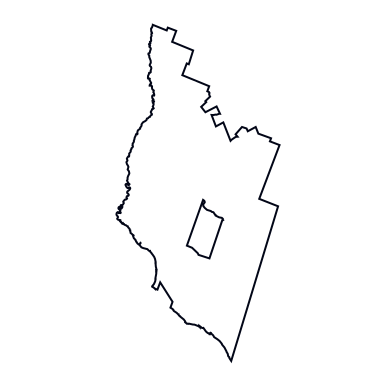 Burke, Queensland, Australia, rotated 197°
{"feature_id": "25037944B14025919363288", "entity_name": "Burke", "entity_type": "district", "adm_level": 2, "iso_a3": "AUS", "parent_name": "Australia", "parent_adm1": "Queensland", "projection": "natural_earth1", "projection_center": [139.379, -18.061], "detail": "fine", "context": "isolated", "style": "outline", "palette": "ink", "viewbox_px": 384, "rotation_deg": 197, "n_neighbors": 0, "source": "geoboundaries", "source_scale": "gbopen_adm2", "svg_char_len": 6022}
<svg xmlns="http://www.w3.org/2000/svg" viewBox="0 0 384 384"><g transform="rotate(197 192 192)"><path d="M105.1,41.9L105.5,203.5L125.7,205.1L122.0,262.5L132.3,263.2L132.1,266.5L145.6,267.2L150.1,272.8L156.4,266.4L158.4,268.7L163.2,268.8L167.2,259.9L164.6,258.2L165.9,257.7L166.8,256.9L169.4,253.6L170.1,252.2L182.4,267.7L188.3,261.7L195.8,271.4L194.2,271.8L192.1,272.9L191.1,273.1L188.8,274.8L188.1,275.0L193.5,281.0L202.5,272.2L208.1,276.1L204.7,282.1L205.8,282.8L202.6,288.5L203.3,289.2L204.3,290.7L204.2,291.8L205.1,292.6L206.8,292.8L206.5,298.2L235.4,300.9L234.6,313.4L232.4,313.2L232.3,327.7L254.9,329.8L254.2,341.5L263.2,342.1L263.4,339.1L278.3,340.4L278.1,339.7L278.4,339.0L278.3,337.6L278.8,336.8L278.9,336.2L277.8,333.3L277.5,333.0L277.1,333.0L276.6,332.2L277.1,331.1L276.3,329.5L276.5,327.8L276.1,326.7L275.8,326.3L275.7,325.5L275.3,324.8L275.4,324.1L276.1,323.4L275.9,323.0L275.4,322.5L275.3,322.2L276.2,321.4L276.3,320.7L276.1,320.5L275.4,320.5L275.0,320.2L274.9,319.6L275.4,319.0L275.2,318.4L273.7,317.6L273.2,316.8L273.3,314.2L273.1,312.8L273.3,312.5L274.1,311.8L274.1,311.3L273.8,310.7L272.8,310.0L272.3,308.5L269.9,305.5L269.2,303.5L269.6,301.4L269.4,300.6L268.8,300.1L267.8,299.7L267.3,299.0L267.0,298.1L267.0,295.7L266.5,294.7L266.8,293.9L267.8,293.5L267.9,293.3L267.7,291.9L268.0,290.3L267.6,288.6L267.4,287.9L267.0,287.6L266.4,287.7L265.9,288.1L265.5,288.0L265.3,286.7L262.9,284.3L262.9,283.9L263.7,282.5L263.6,281.3L263.2,281.3L262.5,282.1L261.7,281.8L261.1,281.3L260.9,280.3L260.2,278.9L259.4,278.3L258.6,278.1L258.2,277.9L258.1,277.4L258.2,276.2L257.4,275.5L256.6,274.1L256.4,273.5L256.5,273.1L257.5,273.1L257.8,273.0L258.1,272.4L258.0,271.5L257.7,270.8L257.2,270.0L255.9,269.2L255.9,268.8L256.5,268.1L256.5,267.7L255.3,267.8L254.8,267.6L254.8,267.0L255.5,266.2L255.6,265.9L254.4,265.0L254.3,263.5L254.5,262.2L253.1,260.8L253.4,260.2L254.3,259.7L254.4,259.4L254.4,258.2L254.7,257.3L254.8,256.5L254.6,256.0L253.1,254.8L253.0,254.1L253.8,253.3L254.1,252.5L254.1,251.7L255.1,250.9L255.6,249.7L256.6,249.0L256.6,247.4L257.6,246.0L259.1,244.5L259.4,243.9L260.0,242.0L260.0,241.6L259.7,241.0L259.7,240.1L260.4,238.2L260.1,237.4L261.6,235.4L261.8,234.7L261.7,232.8L261.1,231.7L261.4,231.1L262.2,231.1L262.4,230.9L262.4,229.0L262.7,227.4L262.5,225.4L262.6,223.9L262.3,223.3L262.4,222.3L262.9,221.0L262.6,220.1L262.6,219.2L261.9,218.6L261.8,217.9L262.0,217.2L262.7,216.0L262.5,214.9L262.9,213.8L262.5,213.1L262.5,212.4L262.6,212.0L263.1,211.0L263.3,210.3L262.9,209.3L262.9,208.3L262.6,208.1L262.6,207.7L262.7,207.4L263.5,207.1L264.0,205.2L264.0,204.7L263.2,203.7L262.9,203.1L263.4,201.7L263.4,201.3L262.4,199.7L261.0,198.5L260.1,197.4L260.1,194.7L258.4,193.4L257.4,191.6L257.4,190.9L257.8,188.3L257.8,186.8L257.3,185.2L257.5,183.9L255.3,181.7L254.4,181.4L254.1,181.2L254.4,180.2L254.8,179.9L255.3,180.1L255.9,180.8L257.2,180.6L257.6,180.1L257.7,179.4L256.3,177.8L255.0,177.0L254.6,176.9L254.1,177.1L253.4,178.0L253.0,178.2L252.4,177.9L252.1,177.2L252.4,175.9L253.9,173.6L254.0,172.9L253.6,172.1L252.3,171.5L251.6,170.7L251.8,169.8L252.8,169.2L253.1,168.6L253.0,167.4L252.2,166.9L252.2,166.6L252.9,165.6L254.0,165.0L254.8,163.2L254.9,162.5L254.0,161.5L254.3,159.9L254.9,159.1L256.0,158.8L256.2,158.5L256.1,157.9L255.7,157.6L254.7,157.9L254.3,157.6L254.2,157.1L254.5,155.8L254.8,155.4L255.6,155.3L256.1,155.7L256.6,156.5L257.0,156.7L257.6,156.1L257.7,155.3L257.5,154.7L256.9,154.2L255.9,154.1L255.3,153.8L255.1,153.3L255.5,152.5L255.5,152.1L254.6,151.9L254.1,151.3L254.3,150.9L255.3,150.7L256.0,150.4L256.8,151.0L257.2,151.0L257.8,150.1L257.8,148.8L257.5,148.1L256.7,147.4L255.8,146.9L255.4,146.4L255.7,144.5L254.6,143.9L253.8,143.9L252.7,144.2L252.3,144.1L252.4,143.1L251.9,142.8L251.8,143.2L251.0,142.7L250.6,142.1L250.1,142.1L249.7,141.4L249.4,141.3L248.9,141.9L248.5,141.3L247.7,141.2L247.8,141.5L247.6,141.5L247.3,141.1L247.0,141.0L245.8,140.8L245.4,140.9L243.9,140.3L243.4,140.4L242.7,139.5L241.0,138.6L240.2,137.1L239.8,137.2L238.8,134.9L237.0,134.2L236.6,133.9L235.4,133.6L235.1,133.3L235.2,133.0L235.5,132.7L234.1,130.8L232.2,129.8L232.1,129.5L231.8,129.4L230.9,128.2L230.6,128.2L229.2,126.9L227.5,126.2L227.2,126.3L226.6,127.4L226.4,128.5L225.8,129.0L226.3,128.4L226.4,127.4L227.0,126.2L224.2,124.3L222.2,124.1L217.9,124.3L216.4,123.4L215.2,123.1L214.9,123.3L214.7,122.8L213.1,122.0L212.9,121.6L211.5,120.7L209.2,118.9L207.8,117.2L206.7,115.2L206.3,114.0L206.2,114.0L206.2,113.4L205.9,113.2L205.9,112.9L204.7,109.9L203.9,108.6L203.7,108.0L203.7,107.4L203.4,107.2L203.4,106.8L202.9,105.4L202.8,105.6L202.7,105.1L202.9,105.1L202.3,103.5L201.8,99.1L201.4,98.3L201.5,98.2L201.7,98.7L201.7,98.4L201.2,96.9L201.1,95.6L201.5,92.7L202.0,91.6L202.1,90.9L202.2,91.0L202.5,90.3L201.9,89.9L202.0,89.7L200.4,89.3L198.5,88.3L198.4,88.7L196.5,88.5L196.0,96.3L178.5,81.3L178.8,75.1L176.3,74.4L175.2,73.7L175.2,73.4L174.5,72.9L171.4,72.0L169.3,70.9L169.0,71.0L168.7,70.4L168.1,70.0L167.0,69.5L166.9,69.6L166.3,69.2L162.6,67.7L161.1,66.6L160.1,65.6L160.5,65.7L160.7,66.1L160.6,65.5L158.2,64.5L157.6,64.9L156.7,64.9L156.4,65.2L152.5,65.5L150.8,65.9L147.0,65.6L146.4,65.8L146.3,66.0L146.0,65.9L145.8,65.4L145.5,65.5L145.1,65.2L145.2,65.6L145.5,65.7L145.7,66.1L144.1,65.5L144.1,65.2L143.8,65.3L143.3,65.0L142.1,65.0L141.4,65.4L137.9,62.7L135.9,61.8L135.1,61.7L134.1,62.0L133.9,61.8L134.1,61.7L134.3,61.7L134.0,61.4L133.9,61.6L133.5,61.6L133.1,61.4L133.0,61.6L133.3,61.6L133.2,61.8L133.2,62.2L132.7,62.3L132.8,62.8L132.7,62.8L131.9,62.1L129.8,61.1L128.4,59.7L124.6,58.6L121.9,57.5L119.0,55.5L118.8,55.0L118.4,54.7L115.5,52.8L112.4,49.6L112.2,49.2L110.6,47.8L109.5,45.8L109.1,45.4L108.0,44.9L107.6,44.0L105.1,41.9ZM179.1,187.7L177.7,187.2L176.9,186.2L176.8,185.7L177.5,184.0L177.5,183.3L177.0,181.8L175.1,180.5L172.4,179.3L168.4,179.3L167.3,178.8L165.6,178.9L162.9,176.7L162.7,176.9L162.2,176.6L162.2,176.3L158.7,175.7L155.9,176.0L154.7,175.4L154.7,174.9L154.0,174.3L154.6,173.6L154.8,173.6L155.9,133.6L167.4,133.8L168.5,135.1L175.6,138.7L181.2,139.2L179.1,187.7Z" fill="none" stroke="#020617" stroke-width="2"/></g></svg>